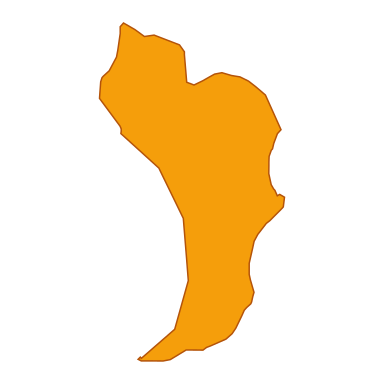 Tanta 1, Al Gharbiyah, Egypt
{"feature_id": "37247803B50363997957176", "entity_name": "Tanta 1", "entity_type": "district", "adm_level": 2, "iso_a3": "EGY", "parent_name": "Egypt", "parent_adm1": "Al Gharbiyah", "projection": "equal_earth", "projection_center": [31.01, 30.795], "detail": "fine", "context": "isolated", "style": "filled", "palette": "amber", "viewbox_px": 384, "rotation_deg": 0, "n_neighbors": 0, "source": "geoboundaries", "source_scale": "gbopen_adm2", "svg_char_len": 1263}
<svg xmlns="http://www.w3.org/2000/svg" viewBox="0 0 384 384"><path d="M120.9,133.6L158.9,168.1L160.6,171.7L177.8,207.0L182.5,216.7L183.3,218.3L186.6,258.8L188.3,280.7L184.0,296.1L174.7,329.3L141.4,358.3L140.3,357.1L138.1,359.3L141.2,360.9L144.9,360.9L150.9,360.9L163.0,361.0L170.3,359.6L186.1,350.0L190.9,350.0L203.0,350.1L206.6,347.4L210.3,346.0L226.0,339.1L232.1,333.7L235.8,328.2L241.8,315.8L244.3,310.2L246.7,307.5L250.8,303.8L251.6,302.0L252.8,296.5L254.0,292.3L250.4,279.9L249.2,274.4L249.2,268.9L249.2,263.3L252.6,248.3L254.1,241.3L257.8,234.4L266.3,223.4L269.9,220.6L282.1,208.3L283.3,206.9L284.5,197.2L279.7,194.4L277.3,195.8L274.9,190.3L273.6,188.9L271.2,184.7L270.0,179.2L268.8,173.7L268.9,165.4L268.9,161.9L269.1,156.6L269.2,156.1L271.3,150.2L272.5,148.9L273.8,143.3L277.4,133.7L281.0,129.7L265.4,95.0L255.7,86.7L248.5,81.1L240.0,76.9L231.5,75.5L221.9,72.7L214.6,74.1L209.7,76.8L202.5,80.9L194.0,85.0L189.9,83.4L189.4,83.3L186.7,82.2L184.4,54.6L184.4,51.8L179.5,44.9L165.0,39.3L154.1,35.1L144.4,36.5L134.8,29.5L123.5,23.0L120.2,26.7L120.2,29.5L120.2,33.6L119.0,41.9L117.8,50.2L116.5,57.1L109.2,70.8L103.2,76.3L102.0,77.7L100.7,81.8L99.5,98.4L120.0,126.1L121.2,128.9L121.2,131.2L120.9,133.6Z" fill="#f59e0b" stroke="#b45309" stroke-width="1.5"/></svg>